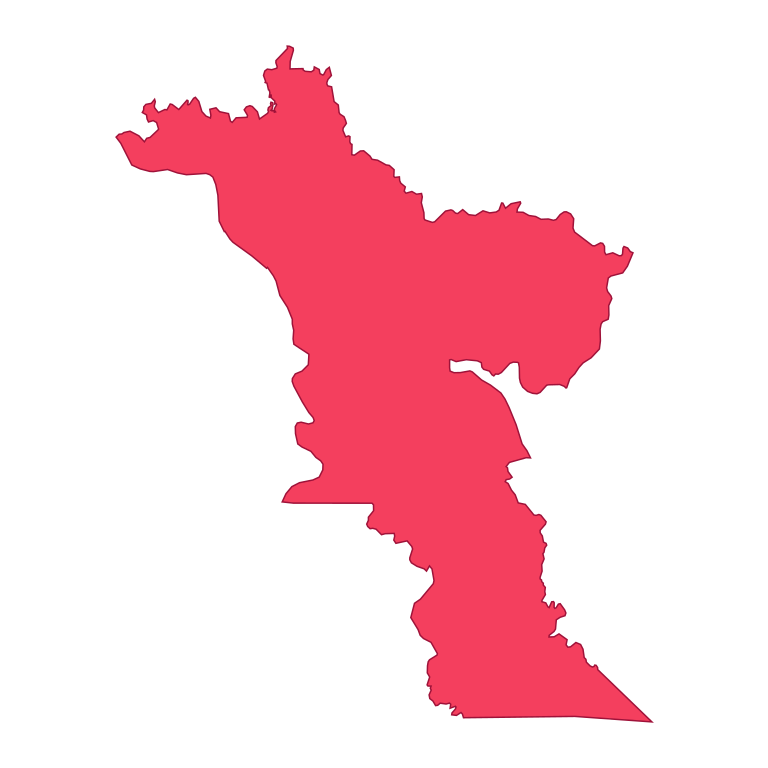 Pinillos, Bolívar, Colombia (Natural Earth projection)
{"feature_id": "7082276B11088178486316", "entity_name": "Pinillos", "entity_type": "district", "adm_level": 2, "iso_a3": "COL", "parent_name": "Colombia", "parent_adm1": "Bolívar", "projection": "natural_earth1", "projection_center": [-74.401, 8.864], "detail": "fine", "context": "isolated", "style": "filled", "palette": "rose", "viewbox_px": 768, "rotation_deg": 0, "n_neighbors": 0, "source": "geoboundaries", "source_scale": "gbopen_adm2", "svg_char_len": 6085}
<svg xmlns="http://www.w3.org/2000/svg" viewBox="0 0 768 768"><path d="M429.8,698.6L432.9,701.0L435.6,705.6L437.7,705.3L440.2,703.2L446.1,704.0L449.5,703.1L450.7,704.2L450.1,708.2L455.4,706.3L456.0,707.0L455.5,708.9L452.0,712.9L451.7,714.8L456.5,715.4L461.0,712.5L462.4,714.0L463.5,717.7L574.8,716.4L651.9,721.9L597.7,669.6L597.6,667.5L596.1,665.3L594.7,665.1L594.0,666.5L592.4,667.0L590.1,665.9L586.4,662.2L585.9,659.3L584.2,657.6L583.0,649.2L580.6,644.5L575.9,642.5L570.6,646.8L567.9,647.2L566.1,644.8L567.1,639.7L559.0,633.9L554.2,636.8L549.0,637.0L549.2,635.3L554.0,631.5L555.5,629.1L556.3,619.8L560.1,617.3L565.0,615.7L565.9,613.0L564.6,609.8L560.2,603.7L558.4,604.1L556.2,607.7L554.9,608.4L554.1,607.4L554.2,602.7L553.5,601.6L551.7,601.8L549.1,607.6L547.9,606.8L545.8,602.9L541.9,601.7L542.0,600.3L545.4,594.6L544.8,591.7L545.3,587.4L543.3,585.1L543.3,583.2L541.7,581.6L541.5,580.0L540.1,578.9L540.1,577.3L542.1,571.1L541.7,564.6L544.1,558.9L542.9,553.7L544.0,552.2L544.8,547.9L546.7,545.2L546.1,543.4L543.5,542.1L542.3,535.9L540.2,532.8L540.1,530.3L545.4,524.2L546.1,521.8L540.9,515.3L538.9,514.5L536.1,515.4L533.9,515.0L525.3,504.4L518.2,502.9L515.2,494.8L511.5,490.2L508.1,483.5L505.2,481.7L506.2,479.6L509.7,479.0L512.1,477.2L508.0,471.5L507.5,467.8L506.1,466.6L509.4,462.4L526.1,457.7L530.5,457.9L527.0,450.8L522.1,443.9L516.1,424.7L509.1,407.6L505.0,399.1L500.9,393.0L490.5,385.1L481.6,380.0L472.3,371.9L469.9,370.9L460.3,372.6L454.0,372.7L450.1,371.1L449.6,367.8L449.6,359.9L451.1,359.5L456.1,361.6L466.3,359.7L477.3,360.8L481.3,362.6L481.9,367.1L483.6,369.3L489.4,371.1L492.0,374.8L493.8,375.9L495.5,374.0L498.3,374.2L501.4,372.5L509.8,363.4L513.3,362.1L517.4,362.3L518.5,362.8L519.3,367.2L519.5,378.2L520.4,382.5L522.7,387.1L527.6,391.4L532.6,393.3L537.0,393.8L540.1,392.4L546.7,385.2L548.6,384.8L559.8,384.5L564.2,386.3L566.0,388.0L566.7,387.7L569.8,378.8L574.7,373.9L579.0,367.4L583.2,362.8L591.1,357.8L599.4,349.0L600.4,340.9L600.1,329.3L601.1,324.0L602.6,321.7L608.2,319.2L608.9,315.0L608.7,305.6L611.8,298.6L611.0,296.0L607.6,291.5L606.6,287.9L608.3,278.0L611.0,276.0L622.7,272.9L627.4,266.2L633.0,252.8L630.3,251.6L627.7,248.0L624.0,246.5L623.0,248.1L622.5,254.2L621.4,255.6L619.2,255.8L612.8,252.8L606.0,254.7L604.6,252.1L604.5,246.3L602.7,243.4L600.5,242.9L594.7,245.9L592.5,245.7L574.6,232.1L573.0,228.1L573.7,218.7L570.6,213.9L566.4,211.8L564.1,211.9L560.2,214.5L556.2,219.5L553.5,220.3L548.4,219.0L541.0,219.3L535.6,216.5L528.9,215.5L523.1,212.3L517.0,212.1L517.4,208.9L520.7,203.2L520.2,201.8L511.1,203.7L505.5,208.2L502.8,203.1L501.6,203.0L499.0,210.2L496.2,212.0L489.7,212.9L483.0,210.8L475.5,215.5L468.7,214.7L462.7,209.6L457.8,213.5L455.6,213.2L452.7,210.5L450.9,209.9L445.5,211.1L434.7,221.8L432.4,222.4L425.0,220.0L424.1,218.6L423.9,212.7L421.3,202.7L422.3,196.9L421.5,193.5L416.5,194.2L411.9,191.5L406.0,193.2L404.2,191.1L405.3,186.9L400.8,183.2L399.7,180.7L399.4,176.9L394.8,177.4L393.8,176.4L394.1,169.7L389.3,165.4L386.0,164.9L377.6,160.2L372.0,159.3L370.0,156.1L363.7,150.8L360.3,151.0L354.3,155.2L351.8,154.7L352.0,144.4L350.6,143.7L349.8,141.8L350.0,136.7L348.7,135.9L345.6,136.8L342.9,130.3L343.2,128.0L346.4,123.4L345.5,120.3L344.0,116.7L340.1,114.2L339.1,112.6L338.3,105.0L334.1,101.6L331.6,86.8L327.8,85.9L327.0,84.4L326.8,82.8L327.9,79.5L331.4,75.5L329.3,67.3L326.3,69.6L323.6,74.7L322.7,75.0L320.0,73.6L319.2,69.5L314.3,66.9L313.8,70.2L311.3,71.8L305.1,71.3L303.2,70.0L303.0,68.6L290.0,68.9L290.2,61.4L293.4,50.3L293.2,48.1L289.6,46.3L287.2,46.1L287.5,48.5L276.0,60.5L275.9,62.8L277.2,66.6L276.8,68.2L271.8,69.7L267.3,69.1L264.8,71.0L263.5,75.4L265.6,81.3L265.1,82.5L267.0,83.2L268.5,89.9L269.3,90.2L269.9,92.9L269.2,97.1L269.7,97.3L270.1,94.8L271.2,95.1L271.2,97.6L274.8,101.1L274.8,104.0L275.9,103.6L276.6,104.7L274.4,108.8L274.5,111.4L275.1,111.2L275.6,111.9L273.7,112.4L274.3,112.0L273.8,110.4L272.1,110.9L270.9,110.3L272.0,109.5L273.1,104.4L272.7,102.7L271.0,102.2L270.5,103.6L271.1,105.5L268.4,107.7L267.9,110.1L268.5,111.6L267.6,113.3L259.5,119.0L257.4,111.8L252.3,106.5L249.9,105.7L246.4,106.9L244.2,109.8L247.5,115.3L247.1,117.3L236.1,117.8L232.2,122.4L230.5,121.2L228.5,113.6L219.6,111.7L216.0,107.8L209.8,109.3L210.9,115.3L210.4,118.0L206.0,116.1L201.9,111.6L198.8,101.4L195.4,97.3L193.6,98.3L189.6,104.2L188.5,104.8L187.6,104.6L188.1,102.0L187.9,100.6L187.0,100.2L178.8,109.5L172.2,104.5L170.2,104.0L166.9,109.9L164.9,109.5L158.4,112.6L154.7,107.9L154.3,105.9L155.3,101.7L154.6,99.3L151.4,103.3L145.9,104.4L143.8,106.8L143.6,110.1L142.3,112.5L146.5,114.9L147.1,119.0L148.5,122.0L153.2,120.6L156.6,122.5L158.6,129.1L157.9,130.0L150.1,137.4L146.7,138.3L144.4,141.8L138.9,135.8L130.0,131.2L124.0,132.5L121.8,134.0L119.1,134.2L116.1,137.1L120.8,143.3L131.8,165.0L140.3,168.9L149.8,171.4L153.4,171.6L167.6,169.5L177.4,172.9L186.4,174.7L206.1,173.4L209.8,174.7L212.9,177.1L215.8,184.5L217.9,195.3L219.2,221.2L224.3,231.6L225.0,231.4L230.0,239.1L233.0,242.3L251.7,255.8L266.6,268.3L267.5,267.4L273.4,275.8L276.1,281.1L279.9,295.5L287.5,307.4L292.3,319.2L292.3,323.9L293.7,330.3L293.1,338.9L293.9,344.3L308.9,354.2L308.3,364.8L302.0,371.1L295.3,373.9L292.4,378.5L292.2,381.4L293.9,386.2L302.4,402.0L308.9,412.6L313.1,417.5L314.2,420.6L313.0,422.8L308.5,424.0L301.1,422.2L297.3,423.0L295.3,426.6L295.5,433.7L297.8,444.0L302.1,447.1L310.9,451.3L315.9,457.4L320.7,460.8L323.0,464.2L322.8,469.9L319.2,477.1L312.9,480.0L299.5,482.7L291.9,486.6L286.0,493.7L282.2,501.9L293.3,503.1L372.0,503.2L373.5,504.8L373.6,510.7L368.4,517.2L368.4,520.3L366.7,524.1L367.7,526.5L370.1,528.7L372.7,528.3L376.1,529.2L381.5,534.7L385.1,533.7L394.2,533.4L394.7,536.1L393.8,540.1L395.9,543.3L407.1,540.9L411.8,546.5L412.6,549.0L409.8,557.8L409.8,559.8L411.4,562.8L417.0,566.3L424.1,568.8L426.5,571.1L429.5,565.9L432.0,569.0L434.0,580.5L433.3,583.7L420.4,599.2L414.5,603.3L410.8,617.6L418.1,629.6L420.2,635.3L423.5,638.5L431.0,642.3L437.4,653.6L437.0,655.1L429.5,659.8L428.2,661.8L427.5,665.8L427.3,672.9L429.7,677.0L427.1,684.9L427.9,686.0L431.1,686.1L430.3,688.3L431.2,690.1L429.1,694.9L429.8,698.6Z" fill="#f43f5e" stroke="#9f1239" stroke-width="1.5"/></svg>